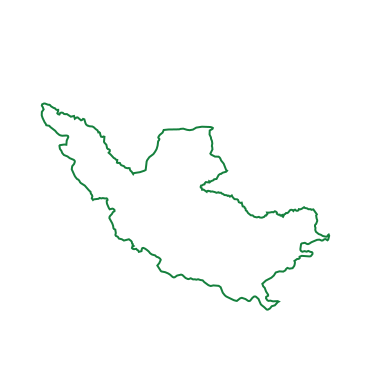 Sacramento, Minas Gerais, Brazil (Natural Earth projection), rotated 338°
{"feature_id": "56859067B64551468531764", "entity_name": "Sacramento", "entity_type": "district", "adm_level": 2, "iso_a3": "BRA", "parent_name": "Brazil", "parent_adm1": "Minas Gerais", "projection": "natural_earth1", "projection_center": [-47.253, -19.856], "detail": "fine", "context": "isolated", "style": "outline", "palette": "green", "viewbox_px": 384, "rotation_deg": 338, "n_neighbors": 0, "source": "geoboundaries", "source_scale": "gbopen_adm2", "svg_char_len": 6031}
<svg xmlns="http://www.w3.org/2000/svg" viewBox="0 0 384 384"><g transform="rotate(338 192 192)"><path d="M189.0,123.9L187.0,125.9L183.5,127.0L181.8,128.1L181.1,129.0L181.6,130.7L180.7,131.7L179.6,132.3L177.5,136.1L175.3,138.9L172.9,140.8L170.4,142.4L165.5,143.7L162.4,145.7L161.4,146.7L157.3,154.2L155.8,154.4L151.1,154.1L145.2,152.7L144.2,153.4L143.6,150.4L143.0,149.4L142.8,147.9L143.1,146.6L142.1,146.0L141.1,145.8L139.2,144.4L138.6,142.6L136.4,140.6L136.0,139.3L136.1,138.3L135.3,137.6L134.2,137.4L133.4,136.6L134.7,134.3L133.6,133.5L133.1,132.1L132.2,131.1L130.6,126.8L129.4,124.4L130.9,123.6L131.5,122.3L130.9,121.2L130.0,120.5L129.7,119.4L130.3,116.1L129.3,113.5L129.2,112.5L131.5,108.0L130.8,107.4L129.5,107.4L128.4,106.6L128.4,105.0L128.8,102.6L128.3,101.7L127.5,101.7L127.5,99.5L126.3,97.6L125.1,95.0L124.1,93.9L121.3,92.5L120.8,91.8L120.0,91.4L119.1,89.7L119.0,88.4L119.4,84.3L118.4,83.4L117.1,84.0L116.0,84.0L113.9,80.0L112.9,79.7L110.8,80.2L111.1,77.3L107.9,76.8L105.2,72.9L103.5,72.3L102.5,71.6L101.9,70.2L100.8,69.5L99.5,69.3L98.1,70.5L97.1,69.8L96.6,68.6L98.3,66.7L98.7,65.7L97.5,65.3L96.7,64.4L96.2,62.9L95.2,62.2L93.3,59.6L93.0,58.4L92.2,57.5L91.4,57.3L88.8,54.9L87.8,54.5L85.9,54.6L85.1,55.7L85.4,57.0L85.4,59.8L82.8,61.5L81.4,64.6L81.2,67.3L81.5,72.4L81.9,73.7L81.9,75.5L84.5,77.2L85.0,78.7L88.1,84.0L88.9,86.6L90.3,89.2L91.1,90.1L92.7,91.2L96.5,92.5L97.4,93.0L98.0,93.7L97.9,94.7L95.1,97.4L93.2,101.1L91.3,100.1L87.1,99.1L86.4,99.5L85.9,101.6L85.7,102.6L86.3,104.9L86.3,107.3L87.1,109.7L89.9,112.4L91.3,114.8L94.4,117.9L94.9,119.0L94.7,120.1L93.2,121.8L90.6,123.2L89.0,125.9L89.3,133.1L89.6,134.7L90.3,136.9L91.2,137.9L91.7,139.2L91.9,141.1L92.3,142.1L95.0,145.9L97.0,151.7L98.0,153.9L97.7,154.7L97.7,156.0L98.1,157.4L98.0,158.7L96.7,160.3L97.2,162.3L98.0,162.0L102.9,163.3L104.0,162.9L105.6,164.0L107.0,164.2L109.1,165.5L110.5,165.9L110.9,167.1L110.5,168.0L109.7,168.2L109.3,169.0L108.8,171.0L108.9,175.7L109.2,177.2L112.0,177.6L112.8,178.3L113.4,179.7L113.0,180.7L111.1,181.1L109.5,182.4L107.1,183.5L106.2,184.2L105.6,185.3L106.3,191.2L106.2,193.7L105.6,196.2L105.9,197.2L106.8,198.1L106.0,201.5L104.9,203.1L105.0,204.2L106.4,205.7L106.8,207.8L109.2,209.5L110.7,211.5L115.8,212.2L117.2,214.5L117.5,215.7L117.2,217.0L117.6,218.2L117.0,218.9L117.7,220.2L115.9,220.6L115.3,221.5L115.8,222.5L116.8,223.3L119.0,223.8L119.4,225.1L120.2,226.1L120.3,227.6L123.0,227.9L124.1,226.1L125.0,225.4L125.9,225.6L127.3,227.0L128.5,228.9L129.6,230.9L130.2,233.0L130.8,234.0L131.5,235.0L134.1,237.0L134.8,238.7L136.4,240.1L137.5,242.0L137.6,243.2L135.0,245.7L132.3,247.2L133.5,253.5L133.9,254.2L137.1,256.3L139.4,258.6L140.7,260.4L142.2,263.5L143.0,264.3L144.0,264.6L146.9,263.9L150.9,264.5L152.0,265.4L153.8,269.3L155.5,271.1L156.3,271.5L158.5,271.5L160.2,273.4L162.1,274.1L163.1,274.9L165.0,275.2L166.9,276.8L168.8,277.9L169.6,280.1L172.3,284.5L173.2,285.4L174.2,286.2L176.8,286.6L181.6,289.0L182.9,291.0L182.8,296.9L183.7,300.0L184.6,301.7L186.3,303.6L190.2,307.9L191.7,309.1L192.8,309.8L196.9,308.6L198.6,308.8L201.5,311.3L203.2,313.9L204.0,314.5L205.2,314.6L208.3,312.8L210.2,312.2L211.3,312.4L212.1,313.1L213.6,316.1L213.7,321.7L214.1,322.8L215.9,326.0L217.2,328.9L218.2,329.5L220.6,329.2L223.1,327.8L226.4,328.1L230.3,326.2L231.3,326.1L230.6,325.3L226.1,323.7L224.0,322.1L222.1,321.6L221.3,320.6L220.8,318.3L221.5,317.0L223.7,316.7L224.1,315.7L223.4,312.1L223.5,308.0L222.7,306.2L222.8,303.5L227.3,301.8L233.5,301.2L236.6,300.1L239.5,298.0L243.3,298.3L246.8,300.0L249.3,299.6L250.1,298.8L252.0,298.1L253.7,299.6L256.7,300.3L259.0,298.9L259.8,298.0L260.9,296.2L261.2,295.2L261.1,294.3L264.4,293.5L266.0,294.0L267.1,293.6L267.5,292.3L269.8,292.3L276.7,295.7L277.9,296.0L278.7,295.7L280.4,294.7L280.9,293.7L280.6,292.6L279.4,291.9L277.7,290.2L276.0,290.3L274.2,289.0L271.9,288.7L271.1,287.7L270.8,286.6L271.1,285.5L273.6,281.2L274.6,280.8L277.6,281.4L279.1,283.2L280.0,283.8L281.5,283.8L283.9,283.3L290.0,283.2L292.3,283.9L294.0,285.6L295.1,285.9L296.1,285.5L297.8,285.5L298.5,286.0L299.5,287.5L300.4,287.2L302.8,284.0L302.8,282.7L301.8,283.0L301.1,283.7L299.9,283.8L298.9,283.3L296.7,281.7L295.5,280.0L293.7,278.4L292.0,275.3L292.1,273.3L293.1,271.4L293.1,270.2L293.5,269.1L294.1,268.4L295.1,268.1L297.3,265.7L297.6,264.5L297.6,263.3L298.3,260.3L299.4,259.5L298.0,253.6L296.0,253.2L295.6,252.4L293.4,251.5L292.7,250.4L290.7,249.1L290.2,248.1L287.3,248.7L285.7,248.6L284.7,247.9L283.7,248.9L282.3,248.8L281.5,248.1L281.0,247.0L279.8,246.9L278.9,247.6L278.2,246.2L277.2,245.6L276.1,245.6L273.4,247.1L272.3,247.2L271.4,246.7L270.2,247.3L269.2,247.3L267.1,249.1L266.6,248.3L267.0,247.1L265.1,247.0L264.8,245.8L263.6,245.5L262.5,243.9L263.0,242.8L262.3,241.5L261.6,240.9L259.8,241.3L258.7,240.6L255.7,240.0L253.9,239.2L253.9,240.2L253.4,240.9L252.5,240.9L252.0,241.6L251.0,241.3L249.6,242.1L247.2,242.0L245.4,241.1L244.7,240.1L242.6,239.8L240.4,238.3L239.5,236.4L237.8,235.6L236.1,232.5L235.7,230.1L235.0,229.2L235.4,227.3L234.9,226.5L235.0,225.6L234.5,224.8L233.6,224.3L234.1,220.5L233.1,220.4L231.6,219.0L231.7,216.6L231.1,215.7L228.7,214.5L227.7,211.7L227.6,210.1L225.4,210.5L224.7,209.1L223.5,208.9L223.0,208.0L221.0,207.0L219.8,205.2L219.0,204.6L218.6,203.5L216.9,202.9L216.5,202.2L214.4,201.9L213.0,200.5L210.9,199.0L209.5,198.7L208.9,197.8L208.1,197.6L207.4,196.9L206.3,196.8L205.7,197.4L203.6,194.1L202.2,193.7L202.5,192.2L201.8,191.1L202.1,190.2L202.9,189.4L203.8,189.7L205.5,189.3L206.4,189.6L207.3,188.6L208.5,188.0L211.5,189.6L212.0,188.5L212.7,189.4L213.7,189.1L216.3,189.1L217.3,188.5L219.6,189.1L223.1,186.2L225.0,185.8L225.8,186.1L227.6,185.6L231.2,186.0L232.5,185.4L231.9,184.4L232.0,177.6L230.8,173.7L230.8,171.4L230.5,170.3L229.9,169.2L226.6,167.8L223.7,164.4L223.4,163.3L226.9,160.2L227.6,157.8L227.6,156.9L229.0,154.6L229.6,152.2L229.6,149.7L230.0,148.5L229.8,145.3L231.5,141.6L234.6,141.2L235.3,140.5L234.6,139.5L233.3,138.6L225.7,135.2L220.1,133.9L216.2,134.5L213.0,133.8L210.7,132.5L207.6,130.0L205.0,129.2L203.6,129.1L193.5,125.2L189.0,123.9Z" fill="none" stroke="#15803d" stroke-width="2"/></g></svg>